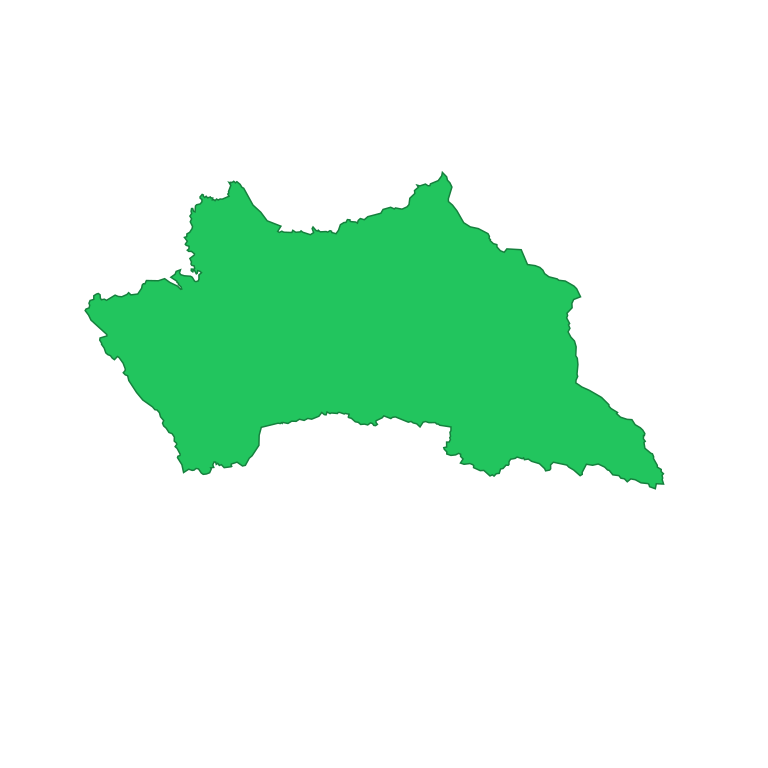 outline of Mueang Phrae, Phrae, Thailand, rotated 312°
{"feature_id": "78962969B59947573587879", "entity_name": "Mueang Phrae", "entity_type": "district", "adm_level": 2, "iso_a3": "THA", "parent_name": "Thailand", "parent_adm1": "Phrae", "projection": "equal_earth", "projection_center": [100.232, 18.084], "detail": "fine", "context": "isolated", "style": "filled", "palette": "green", "viewbox_px": 768, "rotation_deg": 312, "n_neighbors": 0, "source": "geoboundaries", "source_scale": "gbopen_adm2", "svg_char_len": 6171}
<svg xmlns="http://www.w3.org/2000/svg" viewBox="0 0 768 768"><g transform="rotate(312 384 384)"><path d="M184.1,294.3L190.0,295.9L191.5,299.3L193.0,300.5L195.4,300.8L196.8,302.9L195.6,307.8L195.9,310.1L198.4,312.3L201.4,313.8L205.3,312.5L205.7,311.3L208.1,313.3L209.3,310.9L212.3,309.9L213.3,311.2L212.0,313.1L213.8,313.5L213.3,316.1L215.2,317.1L214.9,321.2L220.3,325.8L221.0,325.9L221.2,324.8L222.4,324.1L227.6,327.1L228.4,333.7L230.8,335.4L238.8,333.5L242.4,334.0L254.7,332.1L262.4,325.5L269.7,321.8L284.0,331.5L285.2,333.4L286.7,333.7L286.6,334.7L287.8,334.6L290.4,339.0L294.6,340.3L297.5,343.7L301.2,344.7L303.5,349.0L307.4,350.4L309.5,353.8L316.5,357.2L321.2,356.8L321.3,360.1L322.3,361.6L325.1,360.4L325.9,363.7L327.3,364.3L330.9,369.1L332.2,369.0L333.3,370.2L335.1,374.5L336.2,374.9L338.2,378.3L335.5,379.6L335.5,380.4L336.7,382.7L336.7,387.9L338.3,390.6L338.3,393.7L341.1,396.3L342.7,399.3L346.1,400.0L346.9,401.9L346.4,404.1L347.4,405.6L349.6,406.1L350.1,403.6L351.4,402.7L357.8,405.3L360.2,405.2L362.9,412.2L364.9,412.6L367.2,414.5L371.9,427.6L374.3,429.2L374.6,431.7L376.3,434.9L376.2,439.5L381.8,438.6L384.0,440.1L385.3,443.2L389.7,448.0L389.5,449.9L390.5,451.1L390.7,453.1L396.9,462.5L394.1,465.0L392.3,465.3L389.6,468.5L388.1,468.8L387.1,470.6L384.4,471.2L382.7,469.4L379.1,472.7L376.7,471.0L375.8,472.5L375.6,476.1L374.0,477.5L375.7,481.5L379.3,484.7L382.3,485.8L383.1,488.0L381.4,489.4L381.2,492.9L376.4,493.7L377.9,497.2L382.4,501.1L383.4,503.8L383.4,505.2L381.8,506.5L384.0,513.5L386.6,516.0L386.6,524.3L389.0,525.3L389.2,527.4L392.5,527.5L394.7,529.4L398.8,527.5L400.9,529.0L405.4,529.0L406.7,530.7L407.8,530.7L409.9,528.9L412.8,528.4L416.4,531.2L418.8,531.8L421.0,536.7L422.5,537.2L421.7,539.0L424.8,541.5L425.3,545.4L428.8,552.8L428.6,560.0L427.6,562.2L430.9,564.7L432.5,564.6L435.4,561.9L439.2,562.2L446.1,574.1L445.9,577.0L447.0,582.5L447.1,591.1L449.5,591.8L450.9,590.4L459.8,588.1L463.2,593.4L467.9,596.7L469.9,603.6L469.7,607.6L470.5,609.3L469.6,614.8L473.1,619.9L472.5,623.0L474.4,626.1L474.1,630.2L478.6,630.9L481.0,634.8L482.5,641.1L486.6,646.8L486.7,647.9L485.4,650.1L487.7,655.7L492.1,653.1L496.7,658.7L499.1,654.7L500.6,654.0L502.2,651.7L504.3,651.7L504.4,648.5L506.0,647.2L505.1,642.8L506.5,641.4L508.9,634.2L510.4,633.0L511.7,630.2L511.1,628.6L510.8,620.9L514.6,616.2L516.2,616.5L516.8,613.5L519.4,611.3L519.9,612.0L521.7,611.0L522.9,607.1L523.0,603.8L521.8,597.8L523.4,592.1L520.4,588.3L517.6,582.0L517.6,576.6L519.1,576.6L517.7,569.1L518.0,566.1L519.1,565.0L519.6,554.7L516.7,540.9L514.2,533.1L513.2,525.8L515.4,524.1L519.2,522.9L520.5,520.8L528.2,515.1L532.5,510.4L533.3,507.6L540.2,501.9L543.4,496.8L543.9,491.4L545.9,485.9L549.8,484.9L551.4,481.5L553.1,481.5L555.3,475.5L557.8,474.6L559.0,472.6L566.5,472.8L569.6,469.7L573.7,468.4L580.3,471.7L583.7,463.4L583.9,459.6L581.8,449.8L578.0,444.4L578.0,442.4L574.0,434.8L573.5,429.5L574.9,425.9L574.9,421.8L573.1,417.1L568.8,410.7L575.6,396.1L566.6,384.9L562.3,385.2L560.9,381.3L561.4,376.3L563.1,374.6L561.5,371.4L561.6,366.9L562.5,366.5L562.6,364.6L564.2,363.6L565.3,360.7L562.6,350.1L558.5,343.0L557.2,335.3L561.5,322.3L562.8,315.2L562.7,309.8L564.7,307.9L575.8,302.7L577.6,298.4L577.9,294.8L579.9,291.9L580.3,285.8L577.3,287.6L571.4,288.2L563.8,284.6L562.1,285.4L560.8,284.1L560.3,281.0L555.2,278.1L553.9,275.5L553.2,277.9L548.2,277.2L546.2,279.4L539.3,278.9L534.1,282.5L531.1,282.6L526.0,280.4L522.5,274.7L521.0,274.5L519.8,270.7L513.1,266.5L508.8,267.4L497.5,260.0L492.9,259.4L491.1,255.7L488.3,255.4L485.8,256.6L485.5,254.7L482.5,250.7L482.4,249.6L483.2,248.9L481.7,246.8L478.6,247.6L477.2,246.2L473.2,245.0L467.8,247.3L463.6,247.8L461.6,243.8L462.4,242.8L461.8,241.3L459.1,240.5L458.6,239.0L454.4,234.8L454.3,232.3L453.5,232.6L452.6,230.9L453.2,226.2L451.4,226.6L449.4,230.4L445.7,229.4L442.4,222.0L442.3,219.9L440.9,219.9L437.7,216.9L437.2,213.4L434.9,214.1L429.7,207.9L429.2,205.8L426.6,204.8L426.2,202.9L432.3,201.8L427.1,188.0L429.2,177.5L429.3,166.9L435.6,148.8L435.1,146.7L436.1,143.5L435.9,139.3L434.1,139.0L434.1,136.7L432.3,136.3L431.1,134.9L430.4,135.6L430.0,134.2L429.0,137.3L422.9,139.7L422.0,140.9L420.6,140.8L419.8,143.2L413.1,140.1L411.8,138.4L409.8,137.7L409.4,135.8L407.2,135.8L407.1,134.3L406.0,133.2L407.6,132.4L406.5,130.6L406.8,129.8L404.3,128.4L404.5,126.2L402.6,125.9L402.7,124.1L403.6,123.3L403.2,122.0L399.9,122.1L399.0,123.2L399.3,125.2L397.5,126.8L394.8,126.9L391.8,124.8L390.1,124.8L385.5,128.4L384.9,126.9L386.4,124.4L385.6,123.6L383.2,125.1L382.0,127.0L378.9,127.4L378.0,130.5L374.9,131.5L373.0,136.2L371.1,137.4L366.6,138.1L363.7,137.1L361.5,138.8L359.4,137.6L358.5,142.3L354.9,142.8L354.7,144.2L355.9,147.0L353.9,148.6L351.8,148.3L351.9,150.2L353.7,152.1L353.9,156.1L352.8,156.7L347.4,155.7L345.9,159.2L344.0,160.3L343.6,161.8L344.7,163.8L343.3,165.9L342.3,166.1L340.5,163.9L339.2,164.9L339.4,166.9L340.7,166.4L341.5,167.4L340.3,170.8L341.4,171.1L343.6,169.7L344.6,171.7L344.6,173.9L341.2,173.5L338.0,176.4L336.1,176.9L334.2,175.7L333.7,174.4L335.0,170.1L334.6,168.1L330.8,163.2L329.2,159.7L329.8,157.6L332.7,156.3L328.6,154.2L325.8,155.3L320.7,154.2L321.8,161.4L321.0,162.2L321.3,163.9L320.4,164.6L320.4,168.1L319.2,170.2L318.3,169.6L318.6,165.1L316.2,157.0L315.5,150.5L309.7,147.2L301.9,138.2L298.5,139.3L297.5,138.1L295.8,138.1L293.0,139.8L286.1,140.8L280.9,136.3L281.0,133.1L278.6,133.1L273.4,130.8L271.2,127.9L270.1,124.7L260.5,121.8L259.9,119.4L257.5,117.6L258.0,115.8L260.3,113.3L260.1,111.1L258.4,110.1L255.4,109.3L252.7,111.7L249.4,109.7L246.6,110.7L245.6,112.6L243.3,113.9L240.2,112.4L238.6,112.8L237.5,118.4L235.4,123.5L235.3,144.9L234.3,145.9L228.2,142.2L226.4,143.4L225.3,147.0L224.5,147.5L223.5,151.9L221.0,156.4L221.0,159.0L222.0,161.8L221.4,164.8L221.7,167.4L226.1,167.5L226.4,169.3L224.9,176.2L222.1,181.6L220.8,182.6L217.9,182.7L217.7,185.6L218.6,188.0L215.8,192.0L212.1,205.9L210.7,215.5L212.1,227.3L211.6,230.9L212.8,232.7L212.4,236.3L210.1,239.8L209.4,244.8L206.7,245.6L205.4,248.3L205.4,251.8L204.1,256.6L205.3,259.7L204.3,263.7L201.2,266.3L201.2,269.3L200.5,270.4L197.7,270.7L197.7,273.3L195.5,279.4L194.3,280.2L192.4,279.2L191.1,279.8L188.8,287.8L184.1,294.3Z" fill="#22c55e" stroke="#15803d" stroke-width="1.5"/></g></svg>